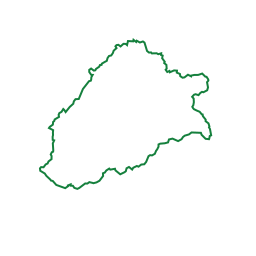 the district of San Lorenzo, Puerto Rico, rotated 222°
{"feature_id": "32010507B65674201186595", "entity_name": "San Lorenzo", "entity_type": "district", "adm_level": 2, "iso_a3": "PRI", "parent_name": "Puerto Rico", "parent_adm1": "", "projection": "robinson", "projection_center": [-65.979, 18.152], "detail": "fine", "context": "isolated", "style": "outline", "palette": "green", "viewbox_px": 256, "rotation_deg": 222, "n_neighbors": 0, "source": "geoboundaries", "source_scale": "gbopen_adm2", "svg_char_len": 2581}
<svg xmlns="http://www.w3.org/2000/svg" viewBox="0 0 256 256"><g transform="rotate(222 128 128)"><path d="M60.5,174.4L61.9,176.8L61.3,178.2L66.4,182.1L68.3,182.7L68.5,183.6L71.3,185.3L74.9,185.0L75.9,186.2L80.2,186.9L81.6,188.0L82.3,187.5L85.6,188.0L88.8,186.9L91.7,186.1L93.3,186.4L94.4,186.8L94.7,188.6L96.3,191.2L98.9,193.8L101.2,194.1L101.2,196.9L100.4,198.3L97.6,199.6L97.7,202.5L97.2,204.4L95.9,205.0L94.4,209.0L95.7,211.7L99.9,214.9L100.0,217.0L100.9,217.8L103.9,218.6L104.9,217.9L109.3,218.1L111.3,214.5L114.3,211.7L116.2,209.1L115.8,208.6L119.1,207.7L119.9,203.4L121.1,201.9L123.8,201.5L125.6,202.9L128.8,201.8L130.0,203.4L132.3,201.6L134.2,197.4L135.4,198.1L136.3,195.9L139.0,196.5L139.0,198.0L141.7,200.6L144.6,200.5L145.0,201.8L149.3,202.7L150.7,205.0L152.3,204.4L153.3,205.7L154.9,203.1L156.7,202.7L160.2,199.4L161.4,199.6L162.9,198.1L165.4,198.0L172.9,202.5L174.8,202.3L176.4,199.5L179.9,198.7L179.5,197.4L182.9,197.2L182.1,195.9L186.2,192.6L184.2,189.0L185.9,189.0L187.7,187.5L188.1,183.6L190.8,183.4L192.0,181.9L192.0,180.3L190.0,179.7L190.4,175.9L189.4,173.6L189.0,170.7L190.3,168.8L190.0,166.3L188.7,163.7L189.5,161.5L190.5,158.3L189.9,157.2L191.0,155.9L190.4,154.4L191.3,150.5L190.9,149.0L191.8,147.8L195.2,147.5L195.7,145.3L194.3,143.7L190.9,142.9L189.8,143.8L189.2,141.2L187.8,139.4L187.3,138.3L188.3,136.7L187.6,126.8L184.0,116.6L185.4,115.2L186.3,114.3L186.1,111.6L184.9,109.4L185.4,104.7L185.0,98.1L187.6,98.8L188.8,98.8L188.2,95.5L189.0,93.2L188.4,91.4L186.7,90.1L188.2,85.3L187.5,83.9L187.7,82.4L186.1,80.2L186.9,76.5L186.7,75.1L182.2,76.3L180.6,74.2L179.0,72.6L178.1,71.0L176.0,68.8L174.6,69.4L173.6,66.3L168.6,61.4L167.8,60.3L168.4,59.0L167.7,56.6L166.1,56.1L164.0,53.7L164.7,50.0L164.0,47.8L164.8,45.9L164.5,42.3L166.4,40.8L166.4,39.1L164.6,37.5L159.4,38.5L156.6,37.8L151.2,37.7L150.1,37.4L148.5,38.3L143.2,37.7L134.4,41.3L133.6,44.7L134.2,45.1L132.9,47.8L132.0,46.8L130.3,48.2L127.8,47.6L124.9,48.9L124.1,50.9L122.7,58.1L121.0,59.6L120.5,61.9L117.4,63.6L116.8,63.8L115.0,66.5L113.9,69.7L114.4,75.7L116.3,77.6L115.4,79.4L115.7,81.9L114.8,85.3L113.3,85.2L110.4,89.0L109.0,88.1L102.8,88.4L101.0,92.8L100.7,94.4L102.1,97.1L101.2,99.7L97.1,99.9L97.5,102.0L96.0,105.7L94.3,106.3L93.7,109.7L91.6,112.0L91.7,112.6L91.8,114.9L93.9,120.8L93.4,122.6L91.8,123.7L90.8,126.8L91.9,129.9L92.0,131.6L92.3,132.6L92.8,134.5L94.3,136.2L93.6,137.9L90.5,141.2L88.6,144.1L89.9,146.9L87.8,149.9L82.0,151.8L80.7,155.5L81.1,158.1L80.7,160.3L78.4,164.0L77.8,167.2L70.6,173.2L68.8,172.2L63.1,171.9L60.3,173.9L60.5,174.4Z" fill="none" stroke="#15803d" stroke-width="2"/></g></svg>